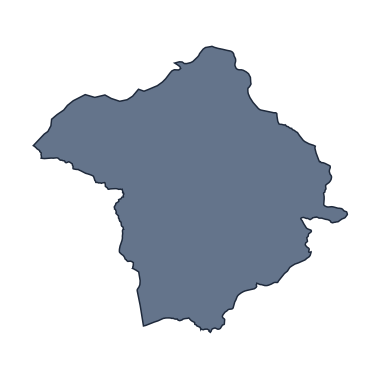 outline of Seno, Séno, Burkina Faso, rotated 262°
{"feature_id": "67063806B86156352342594", "entity_name": "Seno", "entity_type": "district", "adm_level": 2, "iso_a3": "BFA", "parent_name": "Burkina Faso", "parent_adm1": "Séno", "projection": "equal_earth", "projection_center": [-0.111, 13.969], "detail": "fine", "context": "isolated", "style": "filled", "palette": "slate", "viewbox_px": 384, "rotation_deg": 262, "n_neighbors": 0, "source": "geoboundaries", "source_scale": "gbopen_adm2", "svg_char_len": 6005}
<svg xmlns="http://www.w3.org/2000/svg" viewBox="0 0 384 384"><g transform="rotate(262 192 192)"><path d="M220.2,320.5L221.3,318.9L223.4,314.6L226.3,310.6L227.9,309.2L232.9,306.3L235.3,305.1L235.9,304.9L236.4,304.5L237.0,303.6L237.9,302.7L238.7,302.0L239.7,300.3L240.6,299.7L241.1,299.6L241.5,298.3L242.1,297.4L243.3,296.3L243.6,295.8L243.7,295.2L244.0,294.7L245.0,294.2L245.6,293.6L245.4,293.3L245.7,292.1L246.5,290.2L246.8,288.6L247.3,287.6L250.0,286.8L255.2,286.7L257.8,286.9L258.5,286.4L258.8,285.9L259.1,284.0L259.8,282.1L263.5,271.8L264.0,270.8L265.3,269.4L272.2,264.9L277.4,262.5L281.4,261.4L283.4,261.3L286.2,261.6L287.2,262.1L288.2,263.5L289.4,264.5L290.4,265.3L291.2,265.5L292.2,265.4L297.4,265.8L301.3,264.4L303.5,262.3L305.4,259.7L306.0,258.3L306.2,257.6L306.4,256.0L306.7,255.0L307.1,254.1L308.2,253.0L309.7,252.5L311.5,252.1L313.3,252.5L315.1,253.3L316.6,253.6L318.0,253.6L321.0,252.6L323.0,252.5L324.5,251.8L325.4,251.0L326.2,249.8L327.5,246.1L329.0,242.3L330.6,237.8L332.1,234.4L333.5,232.0L333.4,231.7L333.2,225.4L331.9,222.9L328.0,218.8L326.2,217.7L324.9,216.3L321.1,211.0L320.3,208.6L319.9,204.6L320.3,202.2L322.1,200.4L322.7,197.6L322.1,192.8L320.1,195.2L317.9,197.4L315.9,198.0L314.7,195.8L315.5,191.5L314.7,188.9L313.0,186.9L307.8,181.7L305.0,178.0L302.1,172.5L299.4,162.3L298.5,158.5L301.2,153.3L295.1,146.5L292.4,140.6L291.9,133.0L295.9,125.0L300.2,119.3L299.2,108.9L303.3,99.8L298.9,87.1L295.1,80.7L291.0,76.4L287.5,69.3L283.6,63.1L277.2,61.5L272.0,57.7L269.9,53.7L260.0,41.3L258.7,42.9L258.3,43.0L257.5,43.8L256.5,44.4L254.4,46.7L254.1,46.9L253.2,46.9L251.9,48.0L251.4,48.1L250.2,47.7L249.0,47.8L247.6,47.8L246.5,47.3L245.8,49.7L245.6,50.8L245.2,57.4L244.8,59.4L244.7,62.6L244.5,63.3L244.2,64.0L241.9,65.9L241.6,67.6L241.0,68.5L240.8,69.1L240.8,69.7L239.9,70.5L239.0,70.6L238.5,71.4L238.7,72.7L239.1,74.2L238.1,75.7L237.1,76.6L236.6,77.3L234.7,77.4L234.1,77.8L233.6,77.8L232.2,77.4L231.4,77.7L231.4,78.0L230.8,79.4L230.2,81.6L230.2,82.4L229.3,83.4L228.7,84.5L225.3,89.3L224.3,91.6L223.3,93.6L222.4,95.2L221.4,96.5L220.1,96.9L217.0,97.4L216.3,97.9L214.9,98.1L214.5,100.0L214.0,100.6L213.8,102.6L213.4,103.1L213.2,103.6L213.4,104.1L213.5,105.3L213.5,106.8L213.3,107.0L211.9,107.2L209.6,107.0L207.9,108.7L206.6,109.2L206.3,109.7L206.4,112.0L206.0,116.5L205.7,118.1L204.8,119.9L204.8,121.6L204.4,122.1L204.4,123.3L203.0,123.3L202.0,123.6L201.3,123.2L200.6,123.5L200.7,123.9L200.4,124.1L199.5,124.2L198.2,123.4L196.7,123.4L196.7,122.0L195.1,120.5L194.9,119.0L194.5,118.2L193.1,118.3L192.7,117.9L191.4,115.1L189.8,114.4L188.2,113.0L187.5,112.9L186.9,113.2L186.0,112.9L185.2,113.8L182.4,114.3L181.8,113.7L181.1,113.9L180.1,114.8L179.6,115.0L178.8,115.8L176.3,115.6L175.4,116.2L174.5,116.0L173.9,116.4L173.1,116.4L172.0,117.5L168.7,117.4L167.9,117.7L167.0,118.7L165.9,118.9L164.9,118.8L164.6,119.0L164.5,118.4L163.3,117.7L160.6,117.6L158.0,116.9L156.1,116.7L153.9,116.0L148.4,113.2L145.5,112.2L143.4,111.8L142.3,111.9L140.2,113.5L139.0,114.8L137.8,115.6L136.0,116.3L135.2,116.3L134.4,116.9L134.1,117.5L133.3,117.7L132.2,118.8L132.1,121.5L131.9,121.8L131.4,122.9L131.1,123.0L130.3,124.1L128.2,123.7L127.8,123.8L127.2,123.4L126.7,123.4L126.4,123.1L125.7,122.8L125.3,122.9L124.8,122.8L124.6,122.5L124.0,123.6L123.5,124.1L122.7,125.3L120.3,128.1L111.3,128.3L107.5,127.5L105.4,126.3L103.5,124.6L102.7,124.1L101.8,124.0L86.8,124.9L66.1,125.3L66.3,127.5L68.5,136.7L69.1,140.2L70.8,145.9L70.9,148.6L70.5,151.9L70.0,153.8L69.6,154.5L69.6,155.7L68.8,156.9L68.4,158.1L68.2,159.8L67.0,160.4L66.3,162.0L66.7,164.3L67.4,165.5L67.5,166.2L67.6,167.4L67.5,170.1L67.7,171.3L65.2,173.0L64.1,174.1L62.5,176.4L62.0,176.5L61.3,176.3L60.5,176.4L59.9,177.6L58.6,178.3L58.1,179.3L56.9,181.1L56.3,181.4L55.1,181.5L55.5,181.7L54.6,182.4L54.0,184.1L54.3,185.2L54.3,186.1L54.1,187.9L53.9,188.3L52.6,189.8L51.9,189.4L50.5,190.6L51.5,191.6L52.4,192.0L53.5,192.9L53.7,193.3L54.1,195.4L54.0,196.2L52.7,198.1L52.5,198.7L52.5,199.8L53.0,201.1L54.8,202.6L55.3,203.1L55.8,203.4L56.1,203.9L56.2,204.9L56.6,205.6L61.1,206.6L61.7,206.4L63.0,205.2L63.8,204.8L64.8,204.8L66.1,205.6L68.4,207.9L69.4,210.0L70.4,211.3L70.7,212.4L70.6,214.7L70.8,215.8L71.5,216.6L77.1,219.0L79.0,220.4L81.7,221.9L82.9,222.8L83.9,224.1L85.3,226.7L86.1,228.7L86.6,230.5L86.9,232.9L87.5,240.2L88.1,241.4L88.8,242.4L89.5,242.9L91.1,242.7L91.8,243.3L92.6,243.4L92.1,244.7L91.5,245.4L90.8,246.7L90.8,247.5L89.2,251.1L88.9,253.1L89.1,254.9L89.8,257.8L90.9,260.6L90.9,261.9L90.5,263.8L90.8,264.5L91.8,265.2L98.4,272.2L100.4,275.5L103.7,278.3L104.8,280.4L106.3,283.8L107.0,287.4L108.9,294.1L109.4,295.3L110.0,295.8L111.1,298.1L111.7,299.2L113.0,300.3L115.9,301.6L116.2,301.6L116.0,300.9L116.0,299.5L116.7,299.2L118.9,300.1L119.6,300.0L120.3,299.6L121.0,298.6L123.3,297.0L124.0,296.8L125.8,297.5L126.7,299.1L127.1,299.5L130.8,299.3L132.0,300.9L134.0,301.5L134.5,301.9L135.5,303.9L136.1,304.5L136.7,304.8L137.7,304.5L138.9,302.2L139.7,301.0L140.4,300.3L145.1,298.2L148.3,297.1L149.5,296.3L150.5,296.0L150.9,296.3L151.3,297.3L151.3,299.0L149.9,301.6L149.8,302.2L149.8,302.9L148.2,305.1L149.0,307.1L149.7,307.9L149.7,309.2L149.9,310.0L149.7,310.9L150.0,311.5L149.6,312.1L149.5,312.8L148.6,313.9L148.4,314.4L148.1,316.7L146.4,320.4L145.7,322.7L144.9,324.0L144.1,324.9L142.9,325.3L142.3,326.1L141.9,327.1L142.2,328.5L142.1,329.4L142.3,331.1L142.2,332.3L142.4,333.0L143.1,334.1L144.4,336.7L145.1,339.5L145.4,340.1L148.0,342.7L149.2,342.7L150.7,342.4L151.0,342.1L152.0,340.1L152.7,339.5L153.8,338.8L154.7,337.9L155.4,335.7L155.6,334.4L157.4,330.3L158.0,328.4L158.2,324.5L158.7,323.2L159.5,321.9L160.4,321.0L161.3,320.7L166.7,321.9L169.1,322.2L172.4,322.1L172.9,322.4L173.4,323.5L175.3,324.1L176.4,325.1L179.1,325.1L180.1,325.3L181.0,326.6L182.3,329.0L183.7,330.5L185.1,331.5L186.4,332.0L187.5,332.3L188.8,332.1L190.5,331.2L193.0,330.8L194.8,331.2L196.9,332.3L198.4,332.4L198.9,332.0L201.7,327.9L202.4,326.6L202.8,325.7L203.1,324.0L204.2,323.4L204.2,322.5L205.8,322.0L213.4,320.3L218.5,319.8L220.2,320.5Z" fill="#64748b" stroke="#1e293b" stroke-width="1.5"/></g></svg>